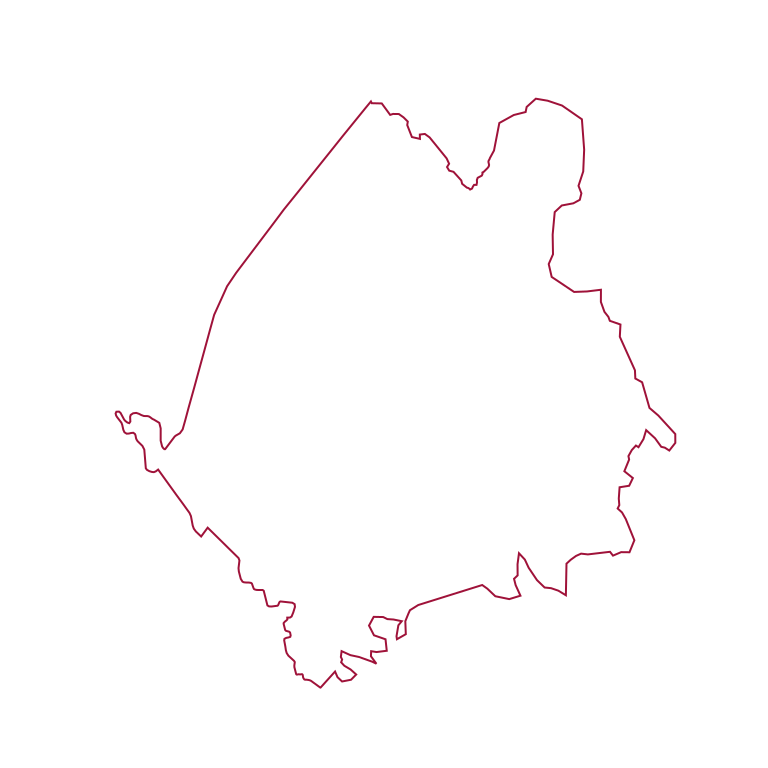 the Region of Pavlodar, rotated 254°
{"feature_id": "KAZ-3205", "entity_name": "Pavlodar", "entity_type": "Region", "adm_level": 1, "iso_a3": "KAZ", "parent_name": "Kazakhstan", "parent_adm1": "", "projection": "robinson", "projection_center": [75.843, 52.234], "detail": "fine", "context": "isolated", "style": "outline", "palette": "rose", "viewbox_px": 768, "rotation_deg": 254, "n_neighbors": 0, "source": "natural_earth", "source_scale": "10m", "svg_char_len": 4162}
<svg xmlns="http://www.w3.org/2000/svg" viewBox="0 0 768 768"><g transform="rotate(254 384 384)"><path d="M427.6,117.8L429.7,117.9L431.1,119.1L430.5,121.7L428.8,122.8L421.4,124.4L419.7,125.2L417.7,126.7L416.6,128.3L417.8,129.8L422.4,130.9L424.1,132.0L425.0,134.8L424.5,137.9L422.9,140.2L421.0,142.2L419.4,144.4L418.3,147.9L417.6,149.1L416.5,150.1L414.2,151.8L413.3,152.9L408.6,157.3L402.9,157.1L391.1,153.7L385.2,153.5L383.4,154.0L381.9,154.9L381.7,155.7L391.2,168.3L391.8,169.7L392.9,174.2L395.8,177.9L403.7,182.8L415.2,189.7L432.4,200.3L449.7,210.8L467.1,221.4L484.4,231.9L497.3,239.8L508.7,249.5L513.4,253.5L521.2,260.1L531.6,272.5L538.0,281.0L548.3,294.7L558.6,308.4L568.9,322.1L579.3,335.8L592.8,355.0L606.5,374.3L620.1,393.5L633.8,412.8L644.2,427.7L654.6,442.6L659.2,449.3L657.3,449.6L654.3,459.2L641.0,464.1L641.1,467.1L639.4,472.7L634.9,476.3L629.7,479.2L626.5,477.7L613.7,478.9L609.7,486.1L613.9,487.2L613.1,492.2L608.5,495.8L583.6,506.4L577.8,507.3L575.2,504.4L571.1,505.5L568.8,509.3L558.4,514.4L554.9,514.3L549.9,517.8L549.2,519.0L547.8,520.2L547.2,520.4L547.6,522.5L549.3,523.9L550.6,525.5L549.9,527.8L552.2,529.0L554.5,529.5L556.4,530.9L557.2,534.8L557.4,535.5L558.1,536.1L558.8,536.6L559.4,536.7L560.2,536.9L560.3,537.2L560.2,537.7L560.5,538.4L563.0,543.0L564.2,544.6L565.6,545.4L568.8,545.6L569.9,546.2L571.0,547.4L571.8,547.9L578.1,554.1L603.1,566.8L606.8,582.9L606.4,595.1L611.0,597.5L616.4,608.6L611.2,619.4L602.6,631.9L583.9,647.2L554.1,641.0L533.4,634.1L520.9,625.6L512.9,626.3L507.1,623.0L505.5,615.8L506.6,604.1L502.2,595.5L481.1,587.3L462.1,582.2L453.9,575.4L440.7,574.7L420.1,592.1L417.0,604.7L414.8,618.5L403.1,615.1L392.6,615.8L386.7,618.2L382.5,618.5L376.0,627.7L364.4,623.7L328.0,629.0L320.0,627.1L314.5,632.6L287.8,632.6L278.1,639.0L255.6,650.2L247.1,647.8L241.4,639.9L245.4,636.4L247.2,633.2L257.1,629.6L267.4,623.3L259.5,618.2L253.1,611.2L255.4,609.2L252.2,604.0L247.3,599.1L243.8,598.8L233.9,591.0L225.0,597.3L218.6,591.6L219.8,582.0L209.1,578.1L202.7,576.8L199.9,574.3L194.9,577.4L187.5,579.2L164.8,581.6L154.6,573.6L157.0,565.6L155.9,556.8L160.4,555.0L164.0,533.0L166.6,526.7L165.8,521.2L163.6,515.1L161.0,509.9L130.8,500.6L137.3,494.6L141.7,488.3L144.1,482.3L153.3,477.0L167.5,472.4L176.4,471.0L184.1,467.1L174.0,462.7L163.2,459.7L160.9,455.3L154.4,455.1L142.9,456.8L142.7,445.1L149.3,432.5L158.8,426.9L163.7,423.0L162.1,356.0L159.4,346.6L156.6,344.2L150.1,339.1L137.5,336.0L135.1,326.1L138.1,326.5L148.1,331.3L151.1,335.7L155.0,328.2L157.1,322.4L160.2,319.0L163.0,309.9L155.9,303.0L145.2,305.1L138.2,315.1L126.8,313.1L128.4,302.9L130.7,298.0L125.9,296.4L117.2,299.6L120.4,296.0L128.5,284.7L132.6,277.0L138.9,269.6L133.5,267.3L130.7,267.8L128.3,266.1L124.1,268.2L118.8,273.2L112.4,277.2L108.8,270.8L109.6,261.7L115.0,258.5L121.1,257.7L109.7,239.4L109.7,239.1L116.5,233.8L118.7,232.1L119.5,231.2L120.3,229.9L121.2,227.8L121.5,226.6L122.1,225.9L123.8,225.4L124.5,225.4L126.7,225.7L127.5,225.4L127.8,224.6L127.9,223.5L128.6,221.6L128.6,220.7L128.8,219.9L129.4,219.6L136.5,219.8L138.1,220.2L141.3,221.6L142.7,221.2L149.2,217.2L152.2,216.3L155.2,216.3L158.9,216.8L165.1,217.4L166.5,218.1L166.9,220.0L166.7,222.3L166.8,224.2L168.1,225.0L171.0,225.2L172.0,224.6L173.8,221.7L174.8,221.2L180.9,221.4L181.8,221.6L182.9,223.2L183.5,224.8L184.3,226.2L186.1,226.6L185.4,229.3L186.0,231.1L189.4,233.8L194.3,237.0L197.0,237.4L199.0,235.6L203.5,224.6L203.4,223.7L202.4,222.7L200.7,221.4L200.2,220.6L201.1,214.6L201.9,212.2L203.3,210.9L218.4,211.4L219.4,210.6L221.1,204.9L222.0,203.3L222.8,202.5L223.9,202.3L228.6,202.0L229.5,201.3L230.3,199.6L231.4,196.1L232.1,194.5L233.0,193.5L236.2,192.6L243.8,192.8L247.1,193.4L254.2,196.4L256.8,196.2L268.8,189.4L280.0,183.1L294.5,174.9L287.8,166.2L294.1,162.5L297.4,161.3L300.7,161.1L310.2,162.0L313.7,161.5L318.4,159.8L324.0,157.8L334.5,153.9L350.9,148.0L364.0,143.3L362.9,140.5L362.7,138.5L363.4,136.7L364.9,134.4L366.8,132.5L368.6,131.8L387.0,135.5L391.1,134.7L396.9,131.4L398.9,130.8L400.3,130.7L403.2,131.0L404.6,130.8L406.2,129.6L406.6,127.5L406.7,125.1L407.2,122.9L409.1,121.2L411.8,120.8L416.9,121.1L419.2,120.9L425.7,118.3L427.6,117.8Z" fill="none" stroke="#9f1239" stroke-width="2"/></g></svg>